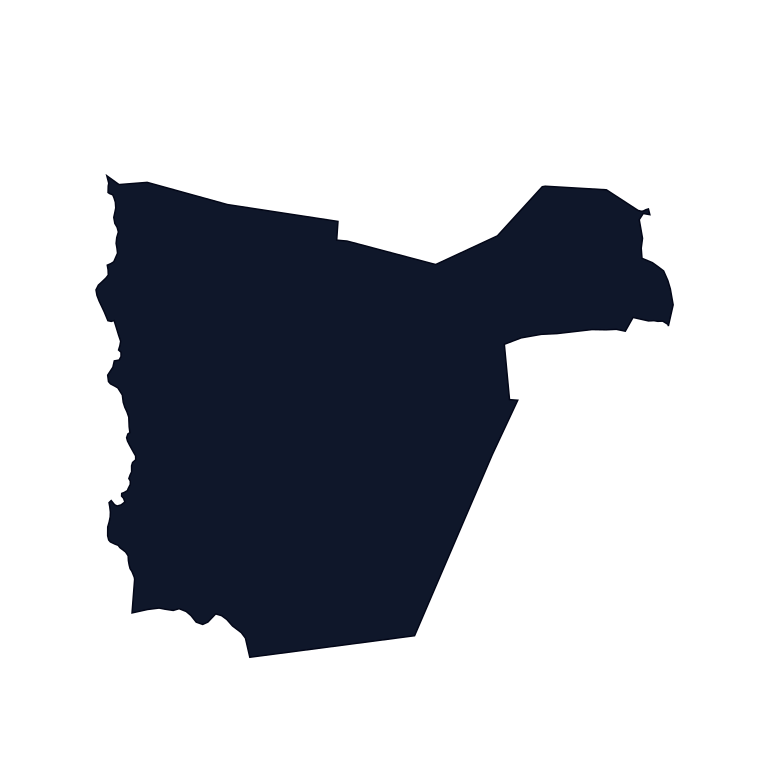 outline of Tampin, Negeri Sembilan, Malaysia, rotated 170°
{"feature_id": "92858781B76684976870525", "entity_name": "Tampin", "entity_type": "district", "adm_level": 2, "iso_a3": "MYS", "parent_name": "Malaysia", "parent_adm1": "Negeri Sembilan", "projection": "equal_earth", "projection_center": [102.507, 2.55], "detail": "fine", "context": "isolated", "style": "filled", "palette": "ink", "viewbox_px": 768, "rotation_deg": 170, "n_neighbors": 0, "source": "geoboundaries", "source_scale": "gbopen_adm2", "svg_char_len": 2279}
<svg xmlns="http://www.w3.org/2000/svg" viewBox="0 0 768 768"><g transform="rotate(170 384 384)"><path d="M289.7,295.5L255.1,344.8L263.1,346.8L258.6,402.2L241.0,405.6L232.0,405.6L220.5,405.6L204.9,403.6L169.8,401.5L155.8,398.8L145.7,397.5L137.2,394.1L127.2,406.3L112.6,400.2L107.1,399.5L103.6,398.2L98.6,397.5L94.0,393.4L93.9,391.7L85.5,411.7L85.5,418.4L85.5,427.9L86.5,436.6L89.0,446.8L94.0,452.2L98.6,456.9L108.1,463.0L107.1,473.1L104.1,482.6L104.1,493.4L104.1,501.5L99.1,506.9L92.8,504.6L93.2,510.5L95.7,510.2L97.1,509.8L98.7,509.3L101.0,509.5L102.1,510.2L103.5,510.7L131.2,536.6L190.9,550.8L193.9,550.8L246.6,510.2L312.3,492.7L315.9,494.3L395.6,531.2L405.6,533.9L401.1,552.1L507.0,587.9L582.2,623.7L610.3,626.4L620.8,637.2L620.2,629.5L621.2,626.9L622.5,620.5L621.2,619.2L618.3,617.4L617.6,614.4L617.0,609.7L617.6,604.0L618.9,600.6L621.2,595.0L621.2,588.9L619.6,584.6L619.2,579.8L621.8,574.6L623.4,569.0L623.4,564.3L623.7,559.1L625.7,556.1L628.9,551.3L632.1,550.0L635.9,549.1L635.9,544.4L636.6,539.2L639.5,536.6L644.6,533.2L648.1,531.0L651.3,526.7L651.3,521.1L650.1,515.0L648.0,507.4L646.9,503.3L644.9,494.3L641.7,493.0L638.8,493.4L637.9,486.5L636.9,478.3L635.9,471.8L637.5,467.5L639.5,463.6L637.5,461.0L638.2,456.7L640.7,453.6L642.7,453.6L645.6,453.6L648.1,447.6L654.6,440.7L654.9,434.2L653.3,431.6L649.4,428.6L646.8,426.4L643.6,418.6L644.0,411.3L643.3,406.1L642.0,401.3L641.1,395.7L642.4,386.2L642.7,380.2L644.9,379.3L646.8,375.8L646.5,372.4L645.2,368.1L644.0,364.6L642.4,359.9L641.1,356.4L641.7,352.5L645.2,350.4L646.8,347.3L647.8,341.3L649.7,338.7L651.7,335.2L650.7,332.6L651.3,329.2L654.2,325.3L655.2,323.6L658.7,322.3L661.3,321.8L661.9,319.2L660.3,316.6L659.7,312.8L663.9,310.6L668.0,310.2L670.3,311.9L672.9,316.6L675.4,314.9L675.4,310.6L675.7,305.4L676.7,300.7L678.6,295.9L680.9,291.2L681.8,286.4L682.5,282.5L682.2,278.2L680.9,276.0L676.7,273.0L673.8,271.3L672.5,268.7L667.7,263.5L665.8,259.2L666.4,254.4L666.4,250.1L666.1,246.2L664.8,243.2L663.5,237.1L663.5,235.0L671.9,202.3L656.0,203.0L644.4,202.4L638.9,200.3L630.9,197.6L624.8,198.3L618.3,194.3L614.3,189.5L610.3,182.1L604.3,178.7L598.8,180.1L589.7,186.8L584.2,184.1L579.7,179.4L575.2,172.0L567.7,163.9L564.6,157.8L563.6,138.2L397.6,130.8L289.7,295.5Z" fill="#0f172a" stroke="#020617" stroke-width="1.5"/></g></svg>